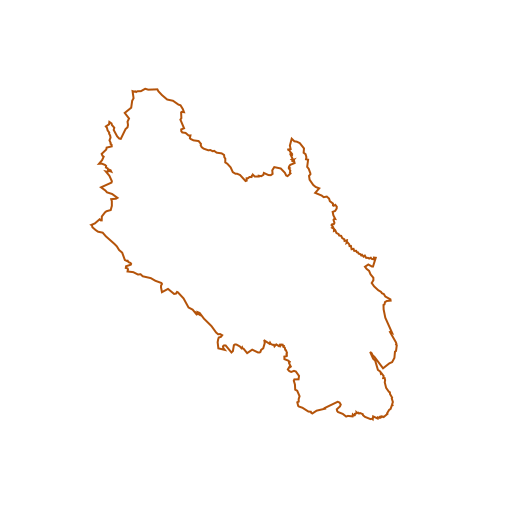 the district of Cardonal, Hidalgo, Mexico, rotated 319°
{"feature_id": "50627088B80156455392476", "entity_name": "Cardonal", "entity_type": "district", "adm_level": 2, "iso_a3": "MEX", "parent_name": "Mexico", "parent_adm1": "Hidalgo", "projection": "equal_earth", "projection_center": [-99.045, 20.596], "detail": "fine", "context": "isolated", "style": "outline", "palette": "amber", "viewbox_px": 512, "rotation_deg": 319, "n_neighbors": 0, "source": "geoboundaries", "source_scale": "gbopen_adm2", "svg_char_len": 6097}
<svg xmlns="http://www.w3.org/2000/svg" viewBox="0 0 512 512"><g transform="rotate(319 256 256)"><path d="M348.5,202.5L347.3,207.0L346.3,206.7L346.6,207.7L347.6,208.1L346.3,208.3L345.3,207.5L346.1,208.8L347.1,209.2L346.1,211.2L341.7,209.7L339.8,210.1L339.0,210.6L339.2,211.7L338.3,211.6L337.9,214.1L336.4,215.2L336.3,216.3L332.2,216.4L331.6,215.0L332.4,212.1L332.1,206.2L328.1,200.9L324.5,202.0L322.4,204.9L320.2,204.7L318.5,203.1L316.4,198.5L314.8,199.6L312.3,199.2L310.7,197.2L310.2,197.8L307.2,195.2L307.0,192.9L306.6,193.3L305.7,192.6L304.4,193.5L302.9,192.1L301.1,192.1L299.9,191.2L298.4,193.0L297.3,192.6L297.1,184.4L295.7,181.5L294.5,180.5L293.5,177.5L295.0,172.5L294.9,167.6L294.2,165.2L296.7,162.4L296.9,160.7L298.2,158.8L297.4,156.0L294.1,152.2L293.4,149.2L292.1,148.6L291.0,146.0L289.4,145.0L286.9,140.6L286.4,138.3L286.9,136.1L288.0,135.3L288.1,131.6L284.7,127.7L283.4,124.7L283.4,123.7L285.6,122.0L284.2,120.9L283.6,116.9L281.4,114.4L281.5,112.8L282.6,111.4L285.5,112.4L288.4,103.5L290.1,103.0L293.7,98.5L294.5,98.5L296.0,100.2L297.2,97.0L297.9,92.7L296.8,90.9L295.2,84.4L291.6,79.6L290.6,73.0L290.4,67.6L290.9,65.5L283.8,59.8L282.1,57.1L277.3,56.1L274.5,53.8L273.1,53.6L272.8,52.4L272.1,52.3L271.0,50.6L267.1,56.6L264.4,57.6L259.1,62.2L250.8,61.9L250.4,68.9L247.2,70.3L245.3,73.2L243.4,74.6L240.9,74.6L230.8,78.9L229.8,77.6L229.7,74.6L231.3,67.5L233.2,66.2L233.2,62.6L233.9,61.2L233.3,58.6L231.5,60.2L227.7,59.7L227.6,61.5L226.4,63.9L226.2,66.6L225.4,67.3L225.0,69.3L223.9,71.2L221.3,72.6L220.5,75.3L219.8,75.9L220.0,77.3L219.0,78.6L214.4,76.2L212.8,77.4L206.5,77.7L205.9,79.6L206.2,81.1L202.7,82.7L198.0,83.4L200.2,85.1L201.8,88.2L202.0,89.7L200.8,90.7L201.5,92.6L201.2,93.3L202.5,95.9L202.1,97.3L201.3,95.8L200.3,95.4L200.2,94.5L198.9,94.8L198.1,93.7L198.0,99.2L196.3,105.0L195.1,105.8L184.1,102.5L185.3,107.8L185.3,110.2L188.1,114.8L189.6,121.2L187.9,120.9L184.0,118.1L183.2,120.0L180.1,123.6L176.5,126.0L172.5,124.1L170.7,124.0L165.6,125.0L162.9,127.9L162.2,127.3L162.1,125.7L155.8,125.7L152.1,124.5L152.3,125.3L151.4,127.0L152.0,131.2L152.7,134.0L155.6,137.8L155.6,142.6L157.1,154.1L157.3,157.4L156.6,161.7L157.2,165.7L154.4,173.0L155.4,175.3L156.0,175.4L155.8,177.1L156.7,178.9L156.6,180.0L155.8,180.4L151.2,178.5L149.9,179.6L150.9,181.0L150.7,182.0L148.9,183.4L152.8,187.7L154.8,192.6L156.9,194.0L157.2,197.0L162.1,203.7L163.8,208.7L166.9,214.3L166.7,215.4L165.0,216.0L163.7,217.4L161.3,221.6L168.0,223.1L169.3,230.9L171.0,231.9L172.8,231.3L173.2,232.1L173.5,240.5L171.3,250.6L173.0,254.9L172.8,262.0L173.8,259.9L174.6,262.4L175.3,260.4L176.1,262.0L175.6,269.2L176.4,279.7L175.7,287.6L176.1,290.2L177.7,291.4L178.5,293.6L176.5,294.0L174.4,293.1L172.7,294.1L170.5,295.9L167.0,301.0L170.8,306.3L170.9,304.0L171.8,302.5L173.2,302.5L174.4,303.6L174.2,312.7L176.2,312.6L180.8,308.8L182.2,309.0L183.2,310.1L184.5,313.8L184.5,316.1L185.5,315.9L185.1,316.7L185.8,317.8L185.6,323.5L191.7,324.2L194.2,330.1L195.5,331.2L196.4,331.3L198.3,330.2L200.9,330.4L205.4,327.5L206.8,325.4L206.7,324.5L208.6,331.1L209.7,330.6L209.4,332.0L210.3,334.0L211.3,334.8L210.7,336.3L213.3,336.0L214.1,338.9L215.5,338.7L215.2,339.8L216.9,339.3L217.9,340.4L217.4,341.1L218.0,342.1L217.1,342.6L217.6,344.0L216.5,346.0L216.8,346.7L215.8,349.5L214.6,350.0L214.4,351.0L213.5,351.7L211.4,350.5L209.8,352.5L211.9,356.5L211.3,357.6L211.8,358.1L210.6,358.7L209.7,362.3L208.4,362.2L208.3,361.6L205.6,362.5L205.6,364.7L206.5,366.6L209.3,367.6L210.3,369.3L209.8,374.7L207.2,377.0L204.0,374.3L202.7,374.9L201.1,378.5L197.9,382.6L198.7,384.7L196.9,390.4L194.3,392.0L192.7,393.9L191.2,393.5L189.5,396.8L189.6,397.7L191.5,401.0L193.5,407.8L195.2,409.5L194.8,410.7L195.2,411.8L200.3,412.5L207.9,416.5L208.1,415.8L222.0,419.6L222.9,421.4L222.5,423.7L220.7,424.6L216.4,424.7L215.6,426.1L215.5,427.5L217.9,432.1L218.7,436.3L220.5,437.0L223.6,440.4L225.1,439.1L225.3,440.6L226.1,441.0L227.2,440.0L228.7,440.7L229.3,439.9L229.4,440.9L230.3,441.2L230.4,442.5L231.5,442.8L232.8,445.4L232.3,446.4L232.7,448.9L235.4,454.2L236.9,455.0L237.0,455.8L239.2,453.9L241.2,458.5L242.1,457.7L243.2,459.3L243.9,458.8L244.3,459.6L245.3,459.2L245.5,460.2L246.4,460.3L246.7,461.3L251.6,461.4L251.8,460.7L255.5,459.5L257.3,459.7L260.4,457.9L261.1,458.2L261.5,457.2L263.5,456.0L265.0,452.6L265.8,452.2L266.6,448.1L267.6,446.7L267.2,445.7L267.7,440.9L270.3,435.8L272.0,434.4L273.0,432.5L271.9,431.6L273.6,430.3L273.8,427.0L273.0,426.9L274.0,424.9L273.3,421.9L277.3,413.2L277.0,410.4L279.2,403.3L279.5,405.4L278.9,407.0L279.2,410.0L278.2,424.1L286.3,424.5L289.1,425.4L293.6,423.7L298.1,419.4L299.4,419.5L303.7,415.7L303.6,414.7L304.4,414.3L305.0,412.8L307.3,401.2L308.0,401.4L308.4,402.9L313.1,387.4L317.3,380.0L320.1,376.6L321.2,376.8L323.2,375.4L325.3,375.8L328.3,378.0L329.0,376.9L327.0,371.4L327.5,368.6L326.6,366.7L326.8,365.0L325.8,362.0L325.2,356.4L325.6,352.3L328.7,351.3L330.3,349.4L330.4,345.0L331.6,341.4L331.0,338.3L331.2,335.6L335.2,336.1L336.6,340.0L337.4,340.7L345.2,335.9L344.0,334.6L343.0,336.0L342.6,335.7L341.4,334.0L341.5,332.6L339.7,332.2L339.4,331.0L337.9,329.7L338.4,327.1L336.8,327.1L336.8,324.6L335.8,324.6L335.9,322.9L335.0,321.6L335.4,320.3L334.6,319.3L335.0,317.8L333.5,316.6L334.3,314.6L332.6,313.6L334.2,310.7L333.1,309.9L334.0,308.4L334.0,305.6L332.9,305.5L334.9,303.8L332.7,302.7L333.6,301.2L332.8,299.1L333.5,296.7L332.2,295.1L332.7,293.7L331.8,291.4L332.7,288.6L331.3,288.2L332.7,286.8L332.0,284.7L333.1,284.8L333.3,282.2L334.4,282.0L335.5,283.0L336.9,282.5L338.2,279.6L339.5,279.3L340.1,280.0L341.1,276.0L342.8,273.0L345.3,273.9L348.0,273.1L349.3,271.8L349.4,269.4L347.6,269.1L347.3,268.3L348.5,266.9L347.7,263.1L348.8,260.6L348.4,257.6L345.7,256.0L345.2,253.4L342.1,247.2L348.1,246.4L346.3,243.0L345.8,239.9L346.5,233.6L348.6,230.3L350.7,230.0L351.3,229.2L353.0,224.7L353.1,222.3L358.5,217.5L357.2,215.8L358.9,214.4L360.2,211.7L359.7,209.3L362.8,206.3L363.1,199.5L361.8,196.5L360.2,194.6L359.9,190.9L354.0,194.9L352.3,198.0L350.2,196.8L349.7,198.0L350.4,197.2L350.9,197.9L350.2,199.2L350.2,203.2L349.6,200.3L349.6,204.1L349.3,202.3L349.1,203.1L348.5,202.5Z" fill="none" stroke="#b45309" stroke-width="2"/></g></svg>